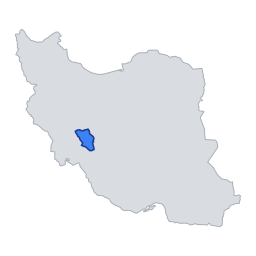 Chahar Mahall and Bakhtiari on a map of Iran (orthographic projection)
{"feature_id": "IRN-3218", "entity_name": "Chahar Mahall and Bakhtiari", "entity_type": "Province", "adm_level": 1, "iso_a3": "IRN", "parent_name": "Iran", "parent_adm1": "", "projection": "orthographic", "projection_center": [50.632, 31.874], "detail": "fine", "context": "in_parent", "style": "filled", "palette": "blue", "viewbox_px": 256, "rotation_deg": 0, "n_neighbors": 0, "source": "natural_earth", "source_scale": "10m", "svg_char_len": 4360}
<svg xmlns="http://www.w3.org/2000/svg" viewBox="0 0 256 256"><path d="M122.0,63.8L125.0,63.9L130.5,61.8L131.0,61.4L132.5,57.5L134.3,55.7L137.5,53.5L139.7,52.8L147.2,52.7L147.7,51.1L148.9,50.2L157.0,50.2L158.4,51.3L159.0,53.5L165.9,55.0L167.4,55.5L169.2,57.0L170.6,57.3L172.3,56.5L173.4,56.9L175.2,56.3L180.6,58.3L181.6,60.7L182.6,61.7L183.9,62.6L188.3,64.1L189.6,65.1L193.1,69.3L201.6,68.4L202.3,69.3L202.4,71.3L203.5,75.8L203.0,77.5L204.2,78.9L204.4,81.8L205.1,83.8L204.4,86.6L203.4,87.3L204.3,89.7L203.6,92.1L203.8,93.0L202.7,95.2L202.7,95.9L200.3,98.0L202.4,100.6L199.7,101.0L198.2,104.1L199.0,107.5L198.7,109.4L199.1,110.4L199.9,111.0L203.7,111.3L203.9,111.8L200.3,117.2L200.7,119.2L204.5,129.2L204.6,134.3L205.4,139.6L215.3,140.1L216.5,141.4L217.5,144.2L217.7,146.4L217.5,147.6L207.7,162.1L214.0,168.2L214.3,169.7L218.3,175.8L221.8,178.9L227.5,180.1L230.3,182.3L232.5,181.9L232.7,185.2L234.2,192.1L233.8,195.3L235.8,195.8L238.8,194.9L239.9,195.4L240.6,196.5L239.9,197.2L240.3,199.9L239.6,200.6L239.5,203.2L235.0,203.8L230.9,205.4L229.5,206.5L228.8,208.5L227.4,208.5L227.0,209.2L224.1,210.8L223.5,216.1L222.5,217.5L222.2,225.1L221.5,225.3L220.1,226.7L210.7,225.1L209.6,223.4L208.7,223.2L207.4,225.0L202.7,224.5L201.2,224.9L200.2,224.4L197.7,224.6L195.6,223.7L190.6,225.0L187.4,223.4L184.1,223.1L180.1,223.4L176.7,222.2L175.0,222.9L174.1,222.0L169.2,221.4L167.4,218.1L167.3,216.4L165.9,213.6L165.3,209.3L164.1,206.3L161.9,203.9L156.2,202.7L153.3,203.6L151.2,205.2L147.7,206.2L145.0,209.1L143.4,209.0L136.9,213.1L135.5,213.1L130.5,210.7L128.3,210.3L123.8,210.5L121.3,208.9L120.7,207.6L114.8,205.0L111.2,202.6L110.1,200.3L108.5,198.6L105.0,197.3L103.0,195.8L97.6,195.3L93.8,191.7L93.7,190.4L91.5,186.4L91.1,183.5L90.6,182.7L88.7,181.5L88.4,180.7L88.8,178.8L86.4,177.7L86.0,176.8L86.1,173.9L80.3,166.9L79.2,163.1L78.1,162.9L73.0,165.4L71.5,164.0L67.0,161.5L66.4,160.5L67.6,160.1L68.7,160.6L69.4,160.1L69.1,159.2L68.0,158.7L66.4,158.7L66.9,159.5L65.4,160.2L65.1,161.2L65.4,164.0L64.8,164.8L62.4,165.3L60.9,166.1L59.6,165.1L59.2,163.0L58.4,161.6L57.2,161.1L56.2,159.8L54.7,159.0L54.8,151.8L50.9,151.5L51.0,146.0L52.9,140.6L49.3,135.6L47.8,131.8L46.8,131.0L44.9,131.1L38.7,125.8L36.5,124.4L33.5,123.9L33.2,122.1L34.0,120.1L32.7,117.5L32.3,116.7L31.0,116.4L31.2,114.7L29.6,114.8L26.7,110.2L25.9,109.5L27.7,106.2L26.7,103.4L27.5,101.1L29.1,101.3L29.7,98.2L32.6,95.2L35.0,93.9L35.3,93.0L34.9,91.2L33.5,89.0L33.8,87.2L34.3,86.3L36.9,85.5L37.0,85.1L35.8,84.4L31.5,84.2L29.2,81.9L27.0,81.3L25.9,76.5L25.5,75.9L24.5,75.7L23.9,74.8L23.7,71.7L22.3,70.2L21.3,65.5L21.3,64.4L21.7,63.4L19.5,61.3L19.3,58.2L19.9,57.5L17.3,55.1L16.0,54.9L15.9,54.5L18.1,49.9L18.9,48.9L17.3,48.0L17.5,45.7L17.2,43.7L17.5,41.9L16.5,40.4L16.3,39.6L16.8,37.6L15.8,36.5L15.4,34.3L19.3,33.9L20.2,30.6L21.7,29.3L24.0,31.0L27.1,36.6L29.1,38.3L30.6,40.2L37.9,42.4L39.5,41.9L42.0,42.1L45.4,38.9L46.8,38.5L50.7,35.3L55.4,32.3L57.8,31.9L61.2,35.9L59.2,37.0L58.8,38.0L59.0,38.9L60.6,40.0L60.7,41.1L60.2,41.6L58.1,42.2L57.5,43.3L59.7,45.1L60.7,46.7L61.9,47.1L63.8,49.5L66.8,49.2L67.3,55.0L68.9,59.8L72.1,61.9L80.4,63.5L81.3,64.4L82.6,67.1L84.8,68.9L91.3,72.7L98.4,74.4L103.2,74.2L120.5,69.6L122.2,69.5L119.6,70.7L120.6,71.1L122.8,71.1L123.3,70.6L123.4,69.9L122.0,63.8ZM154.3,206.6L153.2,208.3L151.6,209.8L150.2,209.4L145.1,211.7L143.7,211.7L143.5,211.0L149.1,208.4L149.4,207.7L149.0,206.5L150.9,206.9L152.9,205.8L154.6,205.5L155.4,206.1L154.3,206.6Z" fill="#d9dde1" stroke="#a8b0b8" stroke-width="1"/><path d="M88.0,129.1L88.5,129.5L88.6,130.2L88.7,130.5L89.0,130.6L89.2,130.8L89.3,131.2L89.5,131.6L89.5,132.6L89.6,133.7L91.1,134.8L91.7,135.4L93.1,136.5L93.7,137.6L93.9,139.0L93.5,139.7L93.1,140.1L93.0,140.5L93.3,140.9L93.6,141.4L93.6,141.8L93.1,142.0L92.7,142.3L92.7,143.0L93.0,144.6L94.0,148.2L94.0,149.3L93.9,149.7L93.5,149.7L92.7,149.9L92.2,150.4L91.5,150.7L90.2,150.5L89.7,150.6L85.3,146.6L85.0,146.6L84.4,146.6L82.3,145.8L81.5,145.3L81.9,144.5L82.5,143.7L82.6,143.0L82.2,142.2L81.2,141.2L81.0,140.8L80.4,140.2L80.1,139.7L79.7,138.8L79.4,137.7L79.2,137.3L79.0,137.1L78.5,136.9L78.3,136.7L78.0,136.5L77.7,136.1L77.4,135.2L75.6,132.4L75.5,131.6L75.4,131.2L77.7,129.9L78.5,130.0L78.9,130.0L79.3,129.8L79.8,129.7L80.5,130.1L81.2,130.7L82.0,130.8L82.6,130.6L82.9,130.8L83.5,130.6L84.8,129.8L85.2,129.7L86.8,129.7L87.2,129.5L87.5,129.2L88.0,129.1Z" fill="#3b82f6" stroke="#1e3a8a" stroke-width="1.5"/></svg>